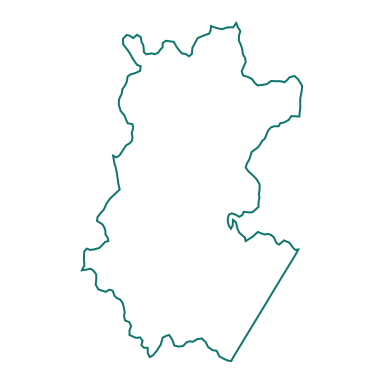 the district of São José do Povo, Mato Grosso, Brazil
{"feature_id": "56859067B50563436026084", "entity_name": "São José do Povo", "entity_type": "district", "adm_level": 2, "iso_a3": "BRA", "parent_name": "Brazil", "parent_adm1": "Mato Grosso", "projection": "natural_earth1", "projection_center": [-54.277, -16.458], "detail": "fine", "context": "isolated", "style": "outline", "palette": "teal", "viewbox_px": 384, "rotation_deg": 0, "n_neighbors": 0, "source": "geoboundaries", "source_scale": "gbopen_adm2", "svg_char_len": 3086}
<svg xmlns="http://www.w3.org/2000/svg" viewBox="0 0 384 384"><path d="M240.3,31.1L238.0,27.5L236.2,23.0L233.0,27.4L227.8,27.3L222.1,29.2L218.0,28.4L214.2,27.2L211.1,26.0L210.5,30.7L209.0,33.8L205.2,34.9L201.7,36.4L197.7,38.1L195.5,42.0L192.4,47.9L191.8,54.1L189.0,56.3L185.5,53.9L182.0,53.5L179.3,50.5L176.8,47.2L173.7,41.8L165.8,40.8L162.6,43.2L162.7,47.1L160.4,49.5L158.3,52.6L154.9,54.2L151.7,53.4L146.4,54.3L143.9,52.1L143.7,48.5L143.2,44.8L141.5,42.0L140.8,37.2L137.0,34.8L133.2,38.1L129.8,35.7L126.6,35.0L123.0,38.7L123.2,44.4L127.6,50.0L130.7,54.8L133.1,59.3L137.1,64.9L140.7,66.2L140.0,71.0L135.2,73.1L130.6,74.4L127.6,76.5L126.9,81.4L125.3,85.1L122.4,89.2L121.6,94.1L120.1,96.9L118.9,100.1L118.8,104.6L120.6,110.9L124.3,115.2L126.2,119.9L127.6,123.2L132.4,124.2L133.2,127.9L131.7,133.2L132.5,137.7L131.7,141.2L129.4,143.5L126.1,145.3L122.9,150.3L119.6,155.3L116.4,157.4L113.1,155.7L114.4,163.5L115.6,167.0L116.7,172.2L117.7,179.1L118.4,184.0L119.7,189.5L114.9,194.0L110.4,198.2L108.5,200.7L106.6,203.4L103.8,209.6L100.3,213.5L97.5,217.2L97.0,221.0L102.5,224.4L104.3,227.5L105.4,230.9L105.5,234.5L107.6,237.6L108.3,241.0L105.2,241.9L102.1,245.2L99.4,247.9L94.6,249.3L90.1,249.9L86.7,248.6L84.2,251.6L83.9,259.2L84.4,265.1L81.9,270.3L86.1,269.7L90.6,268.7L93.7,270.9L96.2,274.4L96.3,278.9L95.7,284.7L98.3,289.3L101.3,290.4L105.8,291.9L109.3,289.7L112.7,290.7L114.6,296.0L117.0,298.2L120.2,299.5L122.8,303.3L124.0,308.4L124.7,312.3L124.0,316.2L125.1,320.5L129.1,322.0L131.1,325.9L129.5,330.5L129.5,335.0L136.0,337.9L140.1,337.4L142.6,340.8L141.4,345.0L143.6,347.6L147.7,347.9L147.7,353.0L149.7,357.1L153.3,355.1L156.6,351.0L160.8,344.5L161.8,340.8L162.7,337.6L166.2,335.9L169.2,335.0L172.3,339.8L174.3,345.5L178.7,346.6L183.1,346.0L186.7,342.2L189.7,341.3L192.9,341.8L197.3,339.1L201.9,338.5L205.7,342.2L208.2,347.1L212.6,350.2L216.6,350.8L219.5,356.5L223.4,358.6L228.2,360.7L231.3,361.0L233.2,357.3L265.7,303.8L278.2,283.0L295.6,254.5L298.3,249.5L295.1,249.8L292.7,247.3L289.5,242.8L284.1,240.4L279.0,244.6L276.4,243.0L274.0,237.5L271.1,234.9L268.0,233.9L264.8,234.5L261.0,233.3L257.9,231.9L252.4,236.9L245.6,241.1L244.9,237.6L239.2,232.6L237.3,228.3L236.0,222.4L233.1,219.9L232.6,225.6L230.9,228.7L228.9,225.9L227.8,221.8L227.8,218.3L228.8,214.8L231.6,213.3L235.5,214.6L239.2,216.8L242.4,215.0L243.7,211.8L248.8,212.4L252.5,212.2L256.2,209.0L258.6,206.8L258.5,202.6L259.4,197.9L258.9,193.4L259.6,189.8L259.6,184.3L256.6,179.3L253.0,175.4L248.5,171.5L245.7,167.7L246.8,163.7L249.2,159.6L250.4,156.1L251.6,152.0L254.9,149.6L258.0,147.3L260.4,144.0L262.3,140.7L264.7,138.8L266.8,133.8L268.2,130.4L271.1,127.3L274.5,126.2L278.6,126.3L280.3,123.2L284.6,122.3L288.8,119.8L291.3,116.1L295.0,116.3L299.3,116.5L300.3,107.4L300.2,98.7L301.8,90.4L302.1,85.7L298.2,79.4L294.5,76.0L289.5,77.3L287.3,79.9L284.4,82.3L280.6,81.2L275.6,81.2L271.1,81.0L266.9,84.1L261.0,85.1L257.5,85.3L254.6,82.8L252.2,79.2L248.2,77.1L243.0,75.3L241.7,71.4L243.5,66.9L245.7,62.1L245.2,58.2L242.9,54.3L242.1,48.7L240.5,44.0L238.9,40.8L238.9,35.9L240.3,31.1Z" fill="none" stroke="#0f766e" stroke-width="2"/></svg>